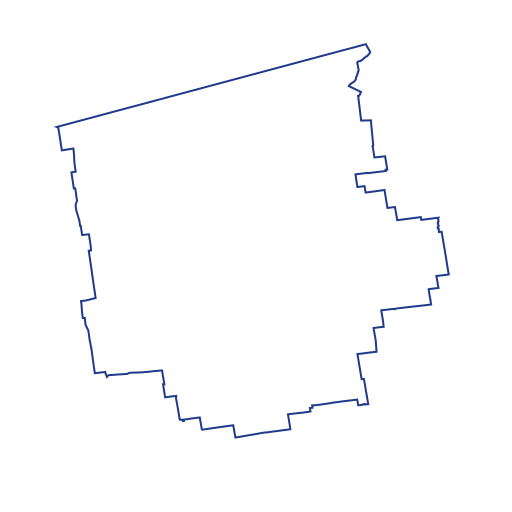 Paroo, Queensland, Australia (Equal Earth projection), rotated 165°
{"feature_id": "25037944B13506382949724", "entity_name": "Paroo", "entity_type": "district", "adm_level": 2, "iso_a3": "AUS", "parent_name": "Australia", "parent_adm1": "Queensland", "projection": "equal_earth", "projection_center": [145.53, -27.987], "detail": "fine", "context": "isolated", "style": "outline", "palette": "blue", "viewbox_px": 512, "rotation_deg": 165, "n_neighbors": 0, "source": "geoboundaries", "source_scale": "gbopen_adm2", "svg_char_len": 5696}
<svg xmlns="http://www.w3.org/2000/svg" viewBox="0 0 512 512"><g transform="rotate(165 256 256)"><path d="M313.7,432.2L356.6,432.2L367.3,432.2L397.4,432.2L405.9,432.2L415.1,432.2L414.6,431.8L413.8,430.8L414.1,428.3L414.3,425.5L414.6,423.0L414.8,420.8L415.1,418.3L415.4,415.8L415.7,413.3L415.9,410.8L416.2,408.3L415.5,408.2L404.6,407.1L404.6,406.6L404.9,404.8L405.2,403.1L405.4,401.9L405.5,401.4L405.7,400.2L406.0,398.8L406.2,398.2L406.7,395.7L407.0,394.5L407.3,392.5L407.4,392.0L407.8,389.0L408.4,384.1L409.1,384.2L412.7,384.5L413.1,380.8L413.1,380.7L413.7,375.2L414.5,368.4L413.1,368.1L413.3,366.6L413.8,361.8L413.9,361.7L414.2,359.1L414.5,355.9L417.1,351.9L417.8,346.7L417.5,337.0L417.5,335.1L417.9,332.5L418.1,330.7L417.5,330.5L417.8,327.7L418.3,323.2L418.5,321.3L411.8,320.2L412.7,311.5L413.2,307.7L413.4,306.7L413.5,306.4L413.5,306.1L414.0,304.0L416.2,304.4L416.4,302.4L418.0,289.0L418.8,281.8L418.9,281.7L421.8,256.9L429.4,257.0L432.0,257.1L436.7,257.7L436.8,257.0L436.9,256.4L436.9,256.2L436.9,255.9L437.2,254.0L438.7,246.1L439.3,240.9L437.4,240.5L438.3,234.9L438.5,233.8L437.4,228.2L437.3,226.9L438.5,217.1L438.5,216.0L439.1,208.8L439.0,208.7L441.0,193.2L442.0,184.5L431.6,183.0L431.8,181.5L431.5,179.5L431.4,179.2L431.3,177.8L429.3,179.1L427.6,178.7L425.5,178.3L422.9,177.8L420.7,177.4L413.8,176.0L410.7,175.4L409.0,175.9L407.4,175.7L406.4,175.4L406.1,175.4L404.8,175.1L403.8,174.9L401.8,174.4L398.8,173.7L397.4,173.4L396.8,173.2L394.3,172.8L392.6,172.5L389.3,171.9L387.1,171.6L384.1,171.2L382.7,170.9L381.5,170.7L377.1,169.9L376.4,169.8L376.9,164.4L377.5,158.1L377.7,155.8L379.0,156.1L379.3,153.2L379.8,148.1L380.1,145.6L380.2,144.3L380.3,143.0L377.2,142.6L374.0,142.2L370.8,141.7L369.3,141.5L369.5,141.0L370.1,139.2L370.3,136.7L370.5,134.2L371.0,128.5L371.2,126.0L371.9,119.2L372.0,117.8L371.1,117.7L370.6,117.0L369.2,116.8L369.4,115.6L368.3,115.4L368.2,116.7L363.8,116.1L361.2,115.8L358.7,115.5L354.2,114.9L352.1,114.6L352.3,112.6L352.6,108.8L353.2,102.4L352.4,102.1L341.1,100.8L333.8,99.9L321.8,98.4L322.9,86.0L318.8,85.6L308.1,84.6L302.1,84.0L297.7,83.7L295.6,83.5L293.5,83.3L293.2,83.2L291.1,82.8L287.0,82.3L275.0,80.7L267.6,79.8L267.4,81.9L266.9,86.9L266.1,94.8L254.9,93.2L253.3,92.9L251.4,92.6L249.3,92.4L247.2,92.1L245.9,91.9L244.7,91.8L244.1,91.8L243.6,91.8L243.3,95.2L240.7,94.8L240.4,97.2L237.4,96.5L236.9,96.4L235.8,96.3L235.3,96.2L234.8,96.1L227.4,95.2L225.3,95.0L222.4,94.6L220.7,94.6L214.3,93.7L210.1,93.2L208.0,92.9L207.0,92.7L205.9,92.6L203.8,92.3L201.7,92.0L200.4,91.8L199.6,91.7L197.5,91.4L195.4,91.1L195.6,88.9L195.8,86.7L195.9,85.3L193.0,84.9L192.8,85.0L192.4,84.8L191.5,84.7L191.1,84.9L190.7,85.1L190.3,85.1L190.1,85.1L189.3,84.9L189.2,84.9L189.1,84.3L185.9,83.9L185.5,88.5L185.2,91.5L185.4,91.8L185.3,92.2L185.1,92.5L184.9,95.5L184.4,100.5L184.0,104.7L183.6,109.4L185.8,109.7L185.8,110.0L185.6,112.4L183.4,135.0L181.8,134.8L177.0,134.1L173.7,133.7L164.3,132.3L164.0,134.2L163.5,136.7L162.9,139.8L162.7,141.1L162.4,142.6L162.2,143.6L162.1,144.8L161.8,147.6L161.5,152.0L161.2,154.6L161.1,156.0L156.4,155.4L153.7,155.0L151.0,154.6L150.9,155.2L150.5,158.0L150.2,159.8L150.0,161.8L149.8,163.7L149.1,171.1L144.3,170.4L139.5,169.7L136.6,169.3L136.0,168.7L135.0,168.8L134.4,169.0L131.5,168.6L121.3,167.1L114.6,166.1L112.9,165.8L104.8,164.6L99.4,163.8L99.0,168.0L98.8,168.2L98.8,168.4L98.7,168.8L98.9,169.1L97.9,179.2L97.6,179.3L88.0,177.9L87.9,179.6L87.8,180.6L87.8,181.0L87.5,183.5L87.0,188.8L87.1,189.1L87.1,189.3L86.9,189.5L86.9,190.0L77.9,188.7L74.6,188.3L73.7,197.9L72.9,205.3L71.0,225.2L70.4,231.4L73.1,231.8L73.0,232.1L73.0,232.5L72.7,233.1L72.8,233.6L72.7,233.9L72.7,234.3L72.5,235.0L73.2,235.5L73.0,236.0L73.1,236.6L73.1,236.8L72.7,236.8L72.5,237.0L72.2,237.0L71.9,237.6L71.7,238.0L72.0,238.5L72.0,238.9L71.8,239.2L71.8,239.5L71.9,239.8L71.7,240.1L71.7,240.3L71.6,240.5L71.8,240.7L71.8,241.0L71.6,241.3L71.6,241.6L71.4,241.8L71.1,241.7L71.0,241.8L71.2,242.0L70.7,242.7L70.6,243.2L70.6,243.5L70.5,243.9L70.6,244.7L70.5,244.9L70.2,245.1L70.1,245.7L70.0,245.8L87.0,248.1L86.7,250.9L100.9,252.8L102.7,253.1L102.8,253.0L103.0,253.0L103.3,253.0L103.5,253.1L110.3,254.1L109.1,267.3L116.6,268.4L114.8,286.5L126.1,287.9L133.7,288.9L133.1,295.4L140.2,296.4L139.6,302.0L138.8,309.1L127.0,307.5L126.7,307.1L108.6,304.5L108.5,305.8L106.8,305.5L105.5,318.9L116.1,320.5L114.9,331.7L115.1,331.9L114.9,332.2L114.1,332.5L111.9,345.7L111.6,347.5L111.2,350.0L110.8,352.4L110.3,354.9L109.9,357.3L119.4,359.6L117.9,370.0L115.9,384.3L114.8,384.1L112.1,387.2L117.8,392.2L122.4,396.1L121.8,396.7L121.3,397.1L120.2,397.5L119.8,397.9L119.3,398.1L117.6,398.5L117.2,398.8L116.4,398.9L115.8,399.2L115.0,399.7L114.6,400.0L114.2,400.6L113.9,400.9L113.5,401.3L113.4,401.7L113.2,402.3L112.9,402.6L112.8,402.9L112.7,403.3L112.4,403.6L112.0,403.8L111.7,404.0L111.4,404.5L111.2,404.9L111.0,405.3L110.9,405.7L110.9,405.9L110.7,406.1L110.5,406.3L110.1,406.5L110.0,406.8L109.9,407.1L109.9,407.4L109.7,407.7L109.4,408.0L109.2,408.1L108.9,408.5L108.8,408.9L108.7,409.5L108.5,410.5L108.6,411.0L108.7,411.6L108.7,411.9L108.6,412.3L108.4,412.8L108.3,413.2L108.3,413.7L108.3,414.1L108.3,414.4L108.3,416.3L108.2,416.7L107.8,416.9L107.5,417.2L107.2,417.4L106.5,417.4L106.3,417.5L106.0,417.4L105.2,417.3L104.9,417.3L104.5,417.4L104.4,417.4L103.9,417.7L103.6,417.6L103.1,417.8L102.8,418.0L102.4,418.0L102.1,418.2L101.7,418.3L101.0,418.8L100.7,419.1L100.2,419.4L99.9,419.4L99.5,419.4L99.3,419.5L98.9,419.7L98.2,420.1L97.5,420.3L96.9,420.3L96.5,420.5L96.3,420.6L95.7,421.1L95.3,421.4L95.0,421.5L94.8,421.8L94.0,422.2L93.7,422.4L93.0,423.2L92.9,423.3L93.5,425.9L94.8,430.9L95.1,432.2L135.9,432.2L141.0,432.2L206.5,432.2L213.0,432.2L281.5,432.2L313.7,432.2Z" fill="none" stroke="#1e3a8a" stroke-width="2"/></g></svg>